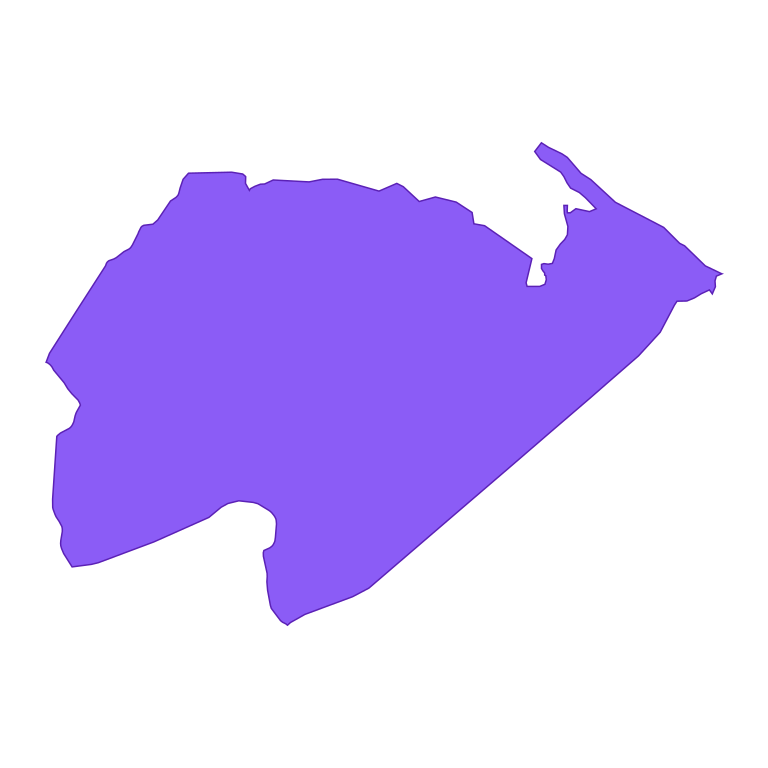 map outline of Izabal (Robinson projection)
{"feature_id": "GTM-1959", "entity_name": "Izabal", "entity_type": "Department", "adm_level": 1, "iso_a3": "GTM", "parent_name": "Guatemala", "parent_adm1": "", "projection": "robinson", "projection_center": [-89.06, 15.52], "detail": "fine", "context": "isolated", "style": "filled", "palette": "violet", "viewbox_px": 768, "rotation_deg": 0, "n_neighbors": 0, "source": "natural_earth", "source_scale": "10m", "svg_char_len": 2524}
<svg xmlns="http://www.w3.org/2000/svg" viewBox="0 0 768 768"><path d="M721.9,273.8L716.4,276.1L715.0,280.9L715.4,286.7L712.3,293.9L709.4,289.9L701.3,293.7L694.4,297.9L686.9,301.0L677.0,301.2L674.4,305.2L660.2,332.2L638.5,355.9L606.4,383.8L591.1,397.2L550.1,432.4L509.4,467.5L468.7,502.4L428.3,537.1L368.9,588.1L352.6,596.7L304.9,614.4L290.5,622.5L287.5,625.2L287.2,625.0L285.9,623.9L282.5,622.2L280.5,620.6L271.3,608.4L270.4,605.4L267.6,590.3L266.9,581.8L267.2,576.7L267.1,573.3L263.4,556.3L263.3,552.7L263.9,550.5L269.7,547.9L271.7,546.4L272.5,545.6L273.3,544.5L274.5,542.1L274.9,540.9L275.4,537.4L276.5,524.0L276.2,520.5L275.9,519.0L275.1,517.3L274.0,515.5L271.7,512.7L270.2,511.3L268.8,510.3L257.9,503.7L253.2,502.4L238.8,500.8L227.9,503.5L221.2,507.2L208.9,517.4L153.9,541.9L98.3,562.7L91.3,564.4L72.1,566.9L63.7,553.6L61.6,548.6L60.8,545.8L60.6,543.4L60.8,540.5L62.3,531.6L62.3,528.9L61.9,526.6L59.2,521.5L56.1,516.8L55.0,514.4L53.1,509.2L52.7,507.4L52.6,499.3L56.8,436.4L57.6,435.4L60.5,433.0L69.4,428.3L70.3,427.5L71.2,426.6L72.0,425.5L72.6,424.4L73.8,421.8L75.1,415.9L76.0,413.2L76.6,411.9L80.4,405.1L79.7,403.0L78.1,400.1L71.9,393.8L67.8,388.8L64.1,382.7L53.8,370.3L52.0,367.0L51.3,366.1L50.4,365.0L49.4,364.1L47.4,362.7L46.1,362.3L49.5,353.3L75.9,311.9L105.5,265.9L106.5,263.2L107.5,261.8L108.9,260.7L113.8,259.0L116.2,257.7L124.0,251.6L128.9,249.1L130.6,247.7L132.4,245.0L138.1,233.6L138.6,232.1L141.0,227.3L142.1,226.2L143.8,225.3L152.9,224.2L157.7,220.0L170.5,201.0L176.0,197.4L177.9,195.4L178.7,193.6L179.2,191.8L180.1,188.1L183.1,179.3L188.5,173.2L231.7,172.2L242.7,174.0L245.1,176.0L245.4,176.4L245.7,176.7L245.5,183.4L249.4,190.4L250.4,188.7L254.9,186.3L260.4,184.2L264.6,184.0L273.2,180.0L309.1,181.9L322.5,179.3L337.5,179.2L379.0,191.1L396.8,183.4L403.3,186.7L419.2,201.5L435.4,197.0L456.2,202.1L472.1,212.5L473.9,223.8L484.6,225.7L531.9,258.6L526.1,282.8L527.1,286.4L539.8,286.4L544.9,284.3L546.3,279.7L545.8,275.7L544.7,275.1L544.6,272.9L543.0,271.0L541.5,268.5L541.5,264.4L543.9,263.6L548.2,264.2L552.4,263.4L554.3,258.6L556.1,250.0L560.3,244.1L564.7,239.5L567.4,234.8L567.9,226.5L564.4,213.8L563.9,205.4L567.4,205.4L567.2,211.1L567.4,212.8L570.3,212.8L575.9,208.7L589.5,211.6L596.2,208.8L585.3,197.6L579.3,192.5L570.6,188.1L567.0,182.8L563.9,176.6L560.7,172.1L540.5,159.5L534.7,151.5L541.4,142.8L548.6,147.4L561.9,153.8L567.3,157.4L581.0,173.3L590.8,179.6L615.4,202.3L663.7,227.4L679.6,243.3L684.6,245.8L705.3,265.9L721.6,273.7L721.9,273.8Z" fill="#8b5cf6" stroke="#5b21b6" stroke-width="1.5"/></svg>